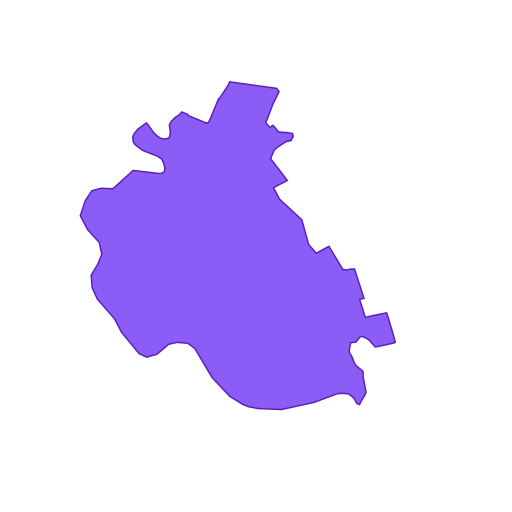 outline of Namoloasa, Galati, Romania, rotated 216°
{"feature_id": "2599482B8070137068735", "entity_name": "Namoloasa", "entity_type": "district", "adm_level": 2, "iso_a3": "ROU", "parent_name": "Romania", "parent_adm1": "Galati", "projection": "robinson", "projection_center": [27.591, 45.504], "detail": "fine", "context": "isolated", "style": "filled", "palette": "violet", "viewbox_px": 512, "rotation_deg": 216, "n_neighbors": 0, "source": "geoboundaries", "source_scale": "gbopen_adm2", "svg_char_len": 3042}
<svg xmlns="http://www.w3.org/2000/svg" viewBox="0 0 512 512"><g transform="rotate(216 256 256)"><path d="M168.7,303.4L172.2,300.6L173.0,299.9L173.4,298.9L173.7,298.2L173.9,298.1L174.1,298.0L174.8,298.0L175.2,297.8L175.8,297.4L176.8,296.5L177.5,296.1L180.7,297.4L181.0,297.5L183.3,298.5L202.7,306.7L209.0,293.6L220.5,296.4L220.8,296.7L232.0,305.7L240.1,312.2L240.9,312.3L254.4,313.9L270.3,315.8L271.0,316.1L282.0,321.6L278.6,328.5L277.0,331.5L275.1,335.5L288.0,339.4L301.2,343.2L302.5,347.7L303.5,353.1L303.1,354.8L302.1,357.9L300.7,361.5L300.1,363.0L299.5,364.8L299.1,365.9L298.5,366.6L297.9,367.3L295.5,370.1L295.9,372.5L296.3,375.0L297.8,375.8L298.5,376.5L299.5,376.0L303.5,374.1L307.5,371.4L311.0,369.7L311.5,369.7L314.4,370.6L317.9,371.5L319.0,371.5L319.4,371.3L319.9,368.8L320.4,368.4L326.4,369.4L328.2,376.3L331.8,389.6L331.8,389.9L332.9,396.7L334.0,402.6L337.9,403.7L379.7,381.4L378.9,377.8L378.7,374.2L378.2,361.2L378.7,361.1L374.2,342.4L373.7,340.1L373.1,337.3L373.3,335.2L375.1,334.2L389.4,330.7L393.7,329.7L394.4,330.5L400.7,328.9L400.9,326.1L401.6,323.6L402.1,322.5L402.7,321.0L403.7,315.2L403.2,311.3L401.1,308.9L399.0,307.0L398.6,306.5L398.2,305.7L398.0,305.4L397.7,305.6L396.3,302.0L395.9,300.9L395.9,300.1L397.1,298.6L399.4,296.4L400.8,295.8L402.3,295.2L405.9,295.1L406.9,295.0L412.4,296.0L418.2,298.0L419.8,298.7L421.4,298.9L422.9,299.2L424.5,294.3L426.1,289.5L426.5,283.7L425.7,279.7L422.2,276.1L419.4,275.0L410.6,274.8L406.5,275.6L395.1,278.7L390.1,279.0L388.3,278.6L384.4,276.2L381.1,273.2L379.7,269.8L381.8,266.4L405.7,253.0L411.3,226.3L420.9,219.9L424.0,216.2L427.1,212.4L426.7,200.6L421.8,185.3L407.6,178.3L390.8,174.8L381.8,166.8L379.2,156.4L378.0,143.5L369.9,134.1L359.1,127.9L333.4,122.0L320.1,115.3L293.2,108.3L289.6,109.0L285.0,109.9L278.4,118.2L276.7,125.3L274.8,133.2L269.1,139.7L259.9,145.3L251.0,145.2L249.9,144.7L239.0,140.0L226.3,134.5L219.9,131.8L194.7,127.0L179.2,128.2L173.1,129.8L164.2,134.1L145.0,146.9L122.7,172.1L109.3,192.4L105.3,195.7L103.1,197.1L99.9,198.9L93.7,198.7L87.6,195.9L84.9,196.6L85.5,200.1L85.8,203.0L86.1,207.2L87.0,210.6L89.0,212.4L97.1,220.1L98.7,221.5L101.2,225.2L102.3,225.6L104.0,225.8L107.3,225.9L109.7,226.1L111.3,226.4L112.4,226.8L113.5,227.3L114.9,228.1L117.6,229.9L119.3,230.9L122.6,232.3L123.8,233.0L124.4,233.6L125.6,235.5L128.5,241.6L124.6,244.9L124.3,250.2L124.2,251.9L123.2,253.0L122.4,253.4L120.8,253.8L117.5,254.4L114.1,254.3L111.8,253.7L106.0,252.5L105.7,252.8L104.0,254.7L103.4,255.3L101.1,257.8L100.7,258.3L99.4,259.7L99.0,260.2L95.7,264.0L92.6,267.6L92.6,267.9L92.7,268.1L93.4,268.7L94.3,269.5L99.5,273.6L99.7,273.8L101.2,275.0L102.0,275.6L109.4,281.2L112.7,283.7L115.7,286.0L116.8,286.8L117.6,286.1L119.2,284.3L120.3,283.0L125.3,277.7L126.5,276.4L127.6,275.2L128.9,273.6L131.1,270.8L131.2,270.7L131.5,270.9L132.8,271.6L133.9,272.4L134.8,273.0L137.8,275.3L139.8,276.7L141.1,277.7L146.4,281.6L146.7,281.8L143.7,285.2L147.8,288.1L153.2,292.1L154.8,293.3L155.4,293.7L162.2,298.7L165.8,301.3L168.7,303.4Z" fill="#8b5cf6" stroke="#5b21b6" stroke-width="1.5"/></g></svg>